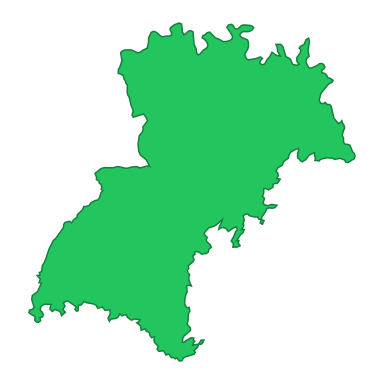 the district of São José dos Ausentes, Rio Grande do Sul, Brazil
{"feature_id": "56859067B10014476741522", "entity_name": "São José dos Ausentes", "entity_type": "district", "adm_level": 2, "iso_a3": "BRA", "parent_name": "Brazil", "parent_adm1": "Rio Grande do Sul", "projection": "robinson", "projection_center": [-49.931, -28.671], "detail": "fine", "context": "isolated", "style": "filled", "palette": "green", "viewbox_px": 384, "rotation_deg": 0, "n_neighbors": 0, "source": "geoboundaries", "source_scale": "gbopen_adm2", "svg_char_len": 5901}
<svg xmlns="http://www.w3.org/2000/svg" viewBox="0 0 384 384"><path d="M276.0,44.4L277.3,47.4L277.6,51.3L280.3,56.0L276.0,55.3L272.0,52.2L269.7,56.8L267.7,58.7L264.7,64.0L262.2,64.8L259.9,63.4L260.1,61.0L262.4,58.4L260.4,56.9L255.8,58.6L248.6,59.8L246.4,58.9L244.7,54.3L247.6,49.4L248.6,46.1L248.4,42.2L247.5,39.9L241.0,37.0L239.7,34.8L241.4,32.5L243.3,31.6L248.0,31.7L249.9,31.2L252.2,29.9L253.7,27.6L251.8,26.0L249.9,25.4L243.7,24.9L241.4,25.6L238.1,28.6L236.3,29.2L234.6,28.3L233.5,25.9L231.7,24.3L228.6,24.9L226.9,27.3L231.7,34.7L232.5,36.6L232.2,38.7L230.2,40.3L227.5,41.3L223.3,41.7L219.3,39.3L215.4,37.9L209.8,32.1L207.2,32.7L205.0,34.6L203.0,35.6L202.1,37.8L204.3,39.2L206.4,41.5L207.8,44.2L207.3,47.4L203.2,50.3L199.7,54.3L198.0,54.8L196.7,53.2L196.1,48.6L194.1,44.5L193.0,31.8L190.5,30.5L188.0,31.4L186.4,33.2L183.7,34.7L182.4,31.7L181.6,24.1L179.3,23.0L174.4,24.7L170.5,27.6L170.1,29.7L171.4,32.3L171.6,35.0L169.1,36.2L166.5,36.0L162.5,36.8L160.5,36.0L157.0,32.7L154.6,31.5L152.7,31.5L151.0,32.7L148.7,37.6L148.4,43.2L147.1,48.1L142.4,50.5L140.4,52.2L138.0,52.9L131.6,50.0L128.2,49.8L125.1,50.0L122.3,51.0L120.6,52.7L122.0,60.5L119.7,67.5L118.4,69.4L118.2,73.4L120.8,74.1L123.3,75.8L124.2,79.3L125.4,80.9L125.8,83.0L127.3,85.1L127.2,92.5L127.8,94.9L129.2,97.4L131.0,105.1L133.3,110.9L132.1,115.0L133.2,117.2L143.6,114.1L146.0,117.3L147.6,120.7L142.9,126.9L143.2,129.0L142.4,131.9L139.2,135.8L138.0,144.2L138.8,151.5L140.3,154.9L146.2,159.8L149.7,166.4L147.4,166.0L140.1,167.9L136.7,166.6L132.8,166.8L128.1,168.1L125.2,168.2L118.0,166.5L112.7,167.8L104.5,167.6L100.9,168.6L95.0,173.5L96.6,177.3L96.4,179.6L99.0,181.0L99.3,183.2L100.9,184.3L101.9,187.1L101.2,189.3L102.7,190.6L100.9,192.9L99.6,197.5L97.8,200.0L94.9,200.6L90.8,202.9L89.2,205.4L85.9,206.5L83.9,206.4L82.3,210.0L77.3,214.7L77.2,217.0L73.3,220.1L71.7,222.9L69.3,221.2L64.9,222.5L63.7,224.5L63.4,227.8L55.4,238.8L53.4,240.3L48.9,249.4L46.2,257.8L44.0,263.1L42.5,265.2L41.5,271.5L39.3,272.6L40.1,275.1L37.1,275.5L40.3,279.1L39.0,282.7L41.4,283.2L37.5,291.7L32.3,295.5L31.7,299.5L34.2,307.4L32.2,309.5L29.6,310.0L28.9,312.6L31.3,314.5L35.1,316.5L34.7,320.1L36.5,322.1L38.4,322.3L40.6,320.8L39.9,317.6L42.6,316.9L43.3,314.6L42.2,312.2L40.1,309.9L41.1,306.2L44.5,304.2L51.1,304.4L49.9,309.1L52.3,311.5L54.8,309.5L59.0,311.0L60.6,312.4L61.5,315.7L65.3,312.3L62.8,309.4L65.0,306.3L63.4,303.0L65.6,301.5L67.9,301.0L76.3,306.8L74.9,309.3L76.3,311.1L78.1,310.8L78.6,305.2L81.1,305.0L83.9,301.5L87.0,302.8L93.5,303.9L96.3,305.4L97.7,308.2L102.5,307.1L105.0,310.4L109.9,309.8L110.2,314.0L108.0,318.4L109.4,321.3L111.0,319.1L115.6,318.5L117.8,317.5L119.8,314.0L122.1,315.9L124.1,314.8L126.8,315.1L127.3,317.2L131.4,320.2L134.6,319.0L140.0,319.7L138.9,321.6L136.7,322.7L140.7,326.2L141.1,330.3L145.1,328.8L146.1,331.0L149.4,332.7L150.0,335.6L151.5,337.7L154.4,336.8L154.0,340.0L154.4,342.2L158.2,346.3L157.1,349.3L158.8,351.3L163.5,350.8L166.0,355.0L168.8,354.0L171.3,357.7L173.7,357.5L175.2,358.9L176.9,357.9L179.3,361.0L182.1,360.6L183.1,358.4L184.9,357.0L194.0,354.3L195.3,352.2L194.1,350.4L197.6,347.4L198.6,344.0L192.6,345.3L193.1,343.2L194.8,341.3L193.2,340.1L193.8,338.1L191.0,337.8L185.6,340.8L184.2,342.2L182.3,342.2L182.9,338.0L183.9,336.2L190.6,330.3L190.4,327.7L188.0,325.6L187.2,323.1L188.0,321.0L188.4,313.9L189.9,311.0L189.2,307.4L187.2,307.7L185.3,305.9L184.7,303.0L184.8,299.7L185.9,294.4L187.1,292.1L186.7,285.8L188.5,285.2L191.4,286.0L189.0,280.3L188.8,277.0L189.7,274.8L188.0,273.0L187.4,270.2L188.7,268.5L188.2,265.7L192.8,261.9L194.1,259.8L193.1,257.8L193.0,255.4L195.0,254.5L194.6,252.2L197.0,251.5L199.8,252.7L201.6,254.1L206.1,253.6L208.2,252.2L209.0,249.1L211.3,247.4L210.5,245.0L206.9,241.8L206.1,239.6L207.3,237.4L205.3,235.6L204.3,233.2L205.4,231.5L208.9,227.8L213.7,226.4L216.1,225.0L222.3,219.6L221.3,223.0L219.5,226.2L218.8,229.3L221.0,227.9L223.6,227.4L226.6,229.0L228.2,231.5L234.1,227.6L236.5,227.0L237.3,229.8L235.6,231.7L233.8,236.4L231.2,241.1L233.4,243.5L232.9,247.2L237.6,247.0L240.1,245.7L238.2,243.0L238.9,240.6L236.6,240.9L240.5,234.6L242.8,232.9L244.3,229.5L241.5,229.6L242.9,227.7L243.7,225.4L243.2,222.8L244.4,220.4L243.2,215.9L245.3,214.3L247.8,213.9L249.2,215.7L254.6,217.0L257.5,216.9L258.7,219.1L261.3,219.6L262.0,216.9L265.3,212.1L266.8,208.7L269.3,207.8L271.9,208.3L274.9,207.7L276.9,205.2L271.2,204.4L268.1,205.6L264.9,205.0L263.0,203.1L264.5,198.4L262.6,196.2L263.6,193.4L263.8,188.8L266.3,188.6L268.7,189.9L272.9,187.3L273.2,184.4L274.9,183.4L277.1,183.5L278.4,182.0L280.2,179.1L276.7,178.6L278.4,175.5L277.7,172.7L276.1,171.6L276.8,169.5L278.1,167.7L282.5,165.0L283.6,161.6L288.3,158.2L289.0,154.9L290.7,152.1L295.9,149.2L298.5,148.4L298.6,150.5L297.6,153.2L297.6,158.0L299.3,159.1L300.4,160.8L302.3,161.8L305.6,159.8L309.2,155.1L314.4,152.7L314.7,155.9L315.5,158.3L314.8,160.4L319.1,161.0L320.7,159.2L327.0,157.8L332.8,158.3L334.8,159.4L339.9,158.3L344.5,160.0L345.6,162.0L347.8,162.6L354.3,158.7L355.1,155.9L354.1,153.4L352.5,151.5L349.9,145.1L347.5,144.3L345.3,144.4L343.6,142.3L343.5,138.0L342.2,135.4L343.5,130.5L344.7,128.0L344.0,125.2L342.4,122.9L341.8,120.7L340.7,122.2L338.3,123.5L333.9,118.2L331.2,106.2L329.9,104.6L327.2,104.5L325.2,102.4L323.4,103.6L320.6,103.3L319.2,100.2L320.7,94.0L322.5,91.4L327.5,85.3L329.4,83.5L331.9,82.4L333.1,80.4L330.8,78.6L328.1,77.8L326.4,74.8L324.4,73.2L321.8,72.8L321.7,70.3L323.7,69.1L325.0,67.0L323.5,64.4L321.7,63.4L319.3,63.8L317.4,65.4L311.2,68.1L309.0,67.9L307.1,65.0L305.9,61.4L306.7,58.5L309.1,56.1L308.0,50.7L309.5,41.2L308.6,38.1L306.1,39.5L304.0,44.5L300.3,46.4L299.2,48.1L300.8,49.7L300.3,52.6L296.8,57.8L296.7,60.7L297.6,62.6L299.2,64.2L297.1,65.3L293.1,64.6L291.7,62.6L290.9,60.0L289.6,58.5L285.9,56.6L282.9,46.7L280.7,44.3L276.0,44.4ZM198.6,344.0L201.1,344.3L202.6,343.0L203.9,340.1L201.3,340.0L198.6,344.0ZM261.3,219.6L260.2,223.0L262.4,224.3L264.1,220.6L261.3,219.6Z" fill="#22c55e" stroke="#15803d" stroke-width="1.5"/></svg>